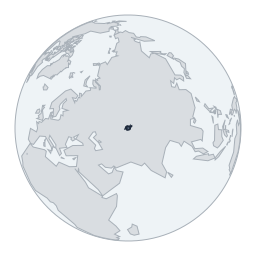 globe centered on Naryn, rotated 327°
{"feature_id": "KGZ-1118", "entity_name": "Naryn", "entity_type": "Region", "adm_level": 1, "iso_a3": "KGZ", "parent_name": "Kyrgyzstan", "parent_adm1": "", "projection": "orthographic", "projection_center": [75.468, 41.376], "detail": "fine", "context": "on_globe", "style": "filled", "palette": "slate", "viewbox_px": 256, "rotation_deg": 327, "n_neighbors": 0, "source": "natural_earth", "source_scale": "10m", "svg_char_len": 12023}
<svg xmlns="http://www.w3.org/2000/svg" viewBox="0 0 256 256"><g transform="rotate(327 128 128)"><circle cx="128" cy="128" r="113" fill="#eef3f6" stroke="#a8b0b8"/><path d="M154.5,18.5L153.9,18.4L151.9,17.9L154.5,18.5ZM151.7,17.9L151.2,17.8L153.8,18.6L155.7,19.2L157.3,22.0L165.1,27.5L170.4,29.5L167.0,29.1L178.9,33.4L184.9,37.8L176.4,32.7L174.1,32.2L177.4,35.0L175.8,35.1L176.4,36.6L174.2,36.5L169.4,33.9L167.9,33.9L170.3,35.9L169.6,37.3L166.3,34.4L164.8,36.6L156.4,33.3L149.5,26.4L143.1,25.5L131.3,21.4L130.6,22.2L125.7,21.6L123.1,22.3L121.6,21.6L120.8,22.9L122.6,23.4L122.9,24.2L121.5,24.8L119.4,23.9L119.8,23.5L118.5,23.5L118.0,22.9L117.5,23.5L115.1,22.5L115.4,24.4L111.8,24.4L110.8,23.5L113.6,22.4L118.2,18.5L118.1,17.7L115.0,17.5L103.6,19.3L102.3,19.1L98.6,19.7L98.1,20.2L100.8,19.9L98.8,21.2L102.4,21.0L102.1,21.6L104.7,22.2L101.4,23.4L96.8,24.5L94.5,24.2L92.4,24.8L92.2,26.3L85.6,27.3L77.3,30.9L76.0,31.2L77.5,29.1L83.5,25.6L85.5,23.8L81.2,26.5L77.9,27.5L76.1,28.5L74.5,29.4L74.6,29.7L72.9,30.5L76.4,27.9L78.1,27.1L77.0,27.9L79.7,26.4L82.0,25.2L89.3,22.2L96.9,19.8L104.5,17.8L112.3,16.5L120.2,15.6L128.1,15.4L136.1,15.6L143.9,16.5L151.7,17.9ZM156.8,19.5L154.0,18.6L152.3,18.0L154.7,18.7L156.8,19.5ZM159.9,21.2L158.2,20.7L159.0,20.4L159.7,20.8L159.9,21.2ZM174.5,31.1L172.6,29.7L175.0,31.0L174.5,31.1ZM176.9,36.8L177.9,37.2L177.8,37.8L176.9,36.8ZM106.4,21.5L105.5,21.8L105.5,21.5L106.4,21.5ZM108.2,21.5L108.8,20.9L109.7,20.8L109.4,21.2L108.2,21.5ZM174.4,38.4L173.9,39.4L173.6,37.9L174.4,38.4ZM107.4,22.2L111.4,20.8L113.1,20.7L113.2,22.0L107.4,22.2ZM173.0,39.7L171.9,42.5L174.1,43.5L167.1,42.4L170.4,40.3L169.7,38.2L171.4,39.5L173.0,39.7ZM123.8,23.4L121.8,22.8L124.7,22.8L123.8,23.4ZM125.6,23.2L134.3,22.4L136.6,23.7L133.2,23.6L137.1,25.1L134.0,26.0L131.1,25.5L130.3,24.4L129.7,25.6L125.6,23.2ZM163.5,41.5L162.5,41.9L162.6,41.0L163.5,41.5ZM123.2,24.6L124.7,24.2L126.8,25.3L124.1,26.2L124.3,25.5L123.2,24.6ZM139.7,25.0L140.8,26.1L138.5,27.1L138.6,27.7L134.1,26.2L139.7,25.0ZM123.1,25.6L122.6,26.7L120.4,26.7L121.8,25.0L123.1,25.6ZM128.5,25.2L129.3,25.8L128.0,25.7L128.5,25.2ZM112.2,27.9L114.1,27.3L115.3,27.7L112.2,27.9ZM122.6,27.1L123.4,27.0L124.1,27.2L123.3,27.9L122.6,27.1ZM132.8,27.1L131.6,27.4L134.6,27.8L133.0,28.7L130.2,27.6L130.7,28.5L130.3,28.8L128.6,27.5L132.8,27.1ZM124.6,29.2L120.6,28.3L117.0,29.2L115.8,28.8L121.8,27.4L124.6,29.2ZM127.1,28.3L125.3,28.7L124.7,27.9L125.6,27.1L127.1,28.3ZM132.9,29.8L136.0,28.7L136.5,29.0L132.9,29.8ZM123.7,29.6L124.7,29.8L123.5,29.8L123.7,29.6ZM130.2,29.9L131.2,29.4L131.7,29.8L130.2,29.9ZM125.8,30.8L124.5,30.4L125.0,29.8L125.8,30.8ZM127.9,30.5L128.4,31.1L126.0,29.8L128.3,30.2L127.9,30.5ZM130.5,30.3L131.2,30.4L130.0,30.5L130.5,30.3ZM124.4,33.4L121.3,31.9L122.5,30.5L125.4,32.1L124.4,33.4ZM47.1,206.3L40.9,199.4L31.2,183.7L30.9,180.0L29.4,174.9L24.6,159.1L25.5,154.1L24.7,150.0L22.7,147.6L22.0,142.7L21.1,140.7L16.4,130.1L16.3,121.5L19.2,102.6L21.0,99.7L23.6,93.6L37.6,87.6L38.1,92.3L46.2,100.8L46.8,103.0L43.1,107.0L47.0,121.0L51.5,119.0L57.8,128.6L63.8,132.2L70.8,123.8L61.0,117.6L62.1,111.8L72.1,112.6L81.0,118.2L81.7,116.1L78.3,108.8L82.7,106.6L77.4,106.0L77.8,108.9L74.5,108.7L74.0,106.2L75.5,105.4L73.5,103.0L66.6,107.6L66.2,111.0L59.5,107.7L58.3,113.1L55.6,113.9L56.7,105.1L58.4,102.9L58.4,91.6L56.0,93.6L55.8,104.5L54.8,102.7L51.6,105.9L53.3,102.1L54.1,90.1L49.6,86.7L39.8,90.3L38.0,88.0L38.3,83.1L46.0,75.2L49.1,81.4L51.9,79.1L54.8,73.0L55.5,75.6L57.0,74.0L58.5,76.2L64.1,75.1L66.2,77.1L71.7,72.9L73.5,73.4L69.8,75.7L68.2,78.4L73.8,83.6L75.8,83.5L79.0,80.4L80.1,82.4L82.5,78.8L87.3,80.5L83.3,75.6L86.9,72.3L91.6,71.4L92.1,69.6L84.4,71.1L82.0,72.6L81.1,75.1L73.8,78.9L71.2,78.0L76.1,71.1L72.9,69.3L78.1,65.1L95.7,62.9L101.3,64.3L103.6,73.5L100.4,74.9L97.9,72.3L97.1,77.8L98.7,75.9L99.6,77.6L103.3,75.3L104.1,76.5L106.2,72.4L107.6,73.6L106.3,76.1L112.9,74.1L116.8,76.0L117.9,75.0L118.0,73.4L122.9,77.2L123.5,76.3L122.1,74.7L122.4,72.0L124.8,68.8L126.4,70.2L125.7,71.6L126.7,76.8L124.7,80.4L125.6,80.7L127.7,77.9L126.5,71.5L127.5,69.2L128.6,72.1L128.3,70.8L129.3,70.2L131.7,70.9L130.8,67.8L139.6,59.3L145.2,60.3L145.1,63.5L152.9,60.0L158.7,61.9L157.4,60.4L160.3,58.1L158.5,57.4L158.1,56.5L164.7,50.9L167.4,50.9L168.8,47.3L168.2,46.6L166.2,46.3L167.1,42.4L174.1,43.5L175.3,45.0L178.9,44.9L180.9,48.6L184.3,51.7L184.5,56.2L187.2,58.5L188.3,58.2L192.7,61.4L198.1,69.4L188.9,64.1L179.9,53.6L183.1,57.8L181.0,57.3L181.2,59.2L183.6,62.3L184.8,62.3L181.2,70.7L184.1,80.7L187.5,78.3L191.0,79.8L197.2,90.4L196.3,109.1L201.0,112.4L202.2,115.6L200.3,118.9L198.4,114.4L195.1,114.1L194.4,111.2L190.6,115.5L189.4,111.6L187.1,117.1L189.5,119.5L193.3,117.0L191.8,123.8L197.5,127.3L199.7,133.4L195.3,147.5L188.6,153.7L188.5,155.8L185.1,154.7L181.7,159.9L189.1,168.5L189.3,171.5L183.2,179.3L182.8,177.2L173.7,174.2L172.8,181.7L179.8,185.6L182.2,191.3L177.2,190.8L174.6,185.7L171.4,184.5L171.7,178.3L167.8,169.6L162.7,172.4L162.6,168.5L156.5,161.3L148.9,164.9L137.2,176.2L136.5,185.8L132.0,190.0L124.3,176.2L122.8,166.5L118.8,167.2L111.9,158.1L96.5,155.1L95.4,152.1L92.3,152.6L87.6,148.6L86.3,143.7L83.0,143.0L86.7,155.9L90.4,156.7L95.0,153.4L95.2,157.6L99.9,162.2L90.9,169.7L69.8,171.1L69.5,163.5L63.0,138.0L64.2,135.9L64.3,135.6L64.3,135.1L61.8,138.1L61.3,133.1L62.8,150.3L62.3,156.6L69.5,171.4L68.3,172.1L71.2,175.5L82.6,176.7L82.2,179.0L75.7,187.5L61.6,194.7L64.5,203.7L65.3,209.8L58.9,209.7L61.9,214.6L58.9,213.8L60.4,216.0L59.3,216.4L56.7,215.2L53.1,212.1L47.1,206.3ZM29.8,93.9L28.8,95.5L29.8,93.9ZM88.5,129.4L95.0,132.1L95.3,124.7L97.9,125.2L97.0,122.6L95.3,124.1L93.8,117.2L97.8,116.4L98.6,113.4L96.4,112.4L89.4,115.1L91.6,124.8L88.7,126.9L88.5,129.4ZM77.7,27.7L77.3,27.9L75.5,28.9L76.0,28.6L77.7,27.7ZM70.2,33.5L67.5,34.7L69.7,33.5L69.8,33.0L74.5,30.1L75.5,31.2L74.2,31.1L70.2,33.5ZM81.1,26.8L78.0,28.3L81.3,26.6L81.1,26.8ZM64.1,63.8L63.5,65.8L61.2,67.0L58.6,65.2L61.8,63.4L64.1,63.8ZM63.1,68.4L68.7,62.5L70.6,63.6L68.6,63.9L69.2,65.2L66.2,66.2L62.5,73.3L60.3,74.9L56.7,70.4L59.1,70.9L59.5,68.8L63.1,68.4ZM79.7,47.7L82.2,45.8L83.0,50.5L80.6,51.8L77.9,50.0L79.1,47.4L79.7,47.7ZM106.8,25.0L107.7,24.4L108.3,24.6L108.0,25.3L106.8,25.0ZM113.0,27.6L103.6,28.0L104.1,27.3L98.0,28.8L97.0,27.5L101.0,26.5L95.7,26.8L98.9,25.5L95.1,25.9L104.1,23.9L106.8,22.9L104.2,24.5L105.0,25.6L106.2,25.8L111.5,25.7L117.7,24.4L119.5,25.5L119.1,26.7L117.9,27.2L117.1,26.2L116.1,27.6L114.0,26.6L113.0,27.6ZM113.8,43.1L113.4,41.2L111.0,44.9L108.9,43.5L108.7,44.0L106.1,43.8L102.7,44.5L102.2,43.6L101.1,44.3L99.3,44.3L97.6,44.9L96.0,43.7L93.9,44.5L94.4,43.4L91.0,45.1L92.8,43.3L90.7,43.3L90.1,45.1L85.7,37.9L82.5,36.7L78.8,36.8L82.4,34.0L88.1,32.3L94.3,31.8L96.9,33.5L98.0,32.0L99.6,32.5L98.0,33.4L101.4,32.3L102.2,33.0L107.8,33.2L112.0,31.5L114.2,31.6L112.9,32.7L115.9,32.1L115.0,34.2L116.5,34.5L117.1,36.9L113.9,39.0L115.8,39.1L116.3,41.1L113.8,43.1ZM124.4,34.1L121.0,36.6L118.2,37.2L118.3,32.7L117.1,32.2L117.1,29.7L121.2,29.0L120.8,29.8L121.4,30.4L119.9,30.3L121.5,30.8L121.1,32.0L122.2,32.7L120.8,33.3L124.4,34.1ZM49.1,102.5L49.9,103.7L51.4,105.0L49.4,107.1L49.1,102.5ZM49.5,94.3L50.4,94.9L48.4,98.3L47.6,97.1L49.5,94.3ZM52.7,92.4L50.6,94.6L51.3,92.8L52.7,92.4ZM70.8,76.1L72.0,76.6L71.4,77.5L70.0,78.2L70.8,76.1ZM106.1,54.6L106.3,53.2L107.1,53.1L109.7,50.5L111.4,51.5L110.6,53.4L106.1,54.6ZM68.1,124.4L65.4,125.2L64.9,123.8L65.9,123.8L68.1,124.4ZM56.2,116.1L58.0,119.3L55.6,116.6L56.2,116.1ZM108.5,55.2L109.3,54.0L109.6,55.3L108.5,55.2ZM112.8,52.1L113.5,53.3L111.9,51.3L112.8,52.1ZM82.1,215.3L79.5,223.0L74.8,221.3L72.3,218.1L72.3,212.9L77.2,213.1L79.2,210.9L82.1,215.3ZM204.5,195.3L206.9,194.2L206.7,194.6L204.5,195.3ZM202.0,195.5L204.9,194.0L201.4,196.5L202.0,195.5ZM206.0,193.5L208.9,191.1L210.1,189.8L209.8,190.6L206.0,193.5ZM200.0,196.5L188.5,201.4L183.7,202.2L185.0,200.4L192.7,197.9L200.0,196.5ZM184.6,200.5L177.2,199.0L166.0,189.6L170.0,189.0L181.5,193.4L180.8,194.8L185.3,196.5L184.6,200.5ZM202.0,186.3L201.2,190.2L195.0,192.8L192.1,193.4L190.1,189.5L191.3,186.6L193.7,185.7L202.3,173.0L205.5,173.6L203.0,178.6L205.6,180.6L202.0,186.3ZM137.1,186.7L140.0,192.0L137.5,193.0L137.1,186.7ZM205.2,165.0L202.1,170.7L204.8,163.8L205.2,165.0ZM206.4,158.9L206.9,160.9L205.3,159.6L206.4,158.9ZM189.0,158.8L186.5,160.3L186.1,158.8L189.2,156.0L189.0,158.8ZM201.3,138.6L202.3,143.2L202.2,145.0L200.5,142.8L201.3,138.6ZM124.6,63.5L119.1,65.9L116.3,68.6L116.5,71.6L113.8,68.6L118.2,64.4L124.6,63.5ZM137.6,59.6L137.3,57.2L139.0,57.7L139.3,58.3L137.6,59.6ZM136.3,58.5L133.1,56.7L134.0,55.1L136.4,56.8L136.3,58.5ZM120.6,55.6L118.9,56.2L118.6,55.1L120.6,55.6ZM208.0,207.2L207.5,207.8L190.4,221.4L187.3,223.0L189.7,221.1L190.1,218.0L191.2,217.5L192.5,214.3L203.5,205.7L211.9,195.0L216.2,192.0L220.6,184.2L224.4,180.7L222.3,185.8L225.0,184.0L229.9,172.2L228.7,178.5L228.7,178.4L224.4,186.2L219.5,193.6L214.1,200.7L208.0,207.2ZM210.4,192.1L214.0,187.3L215.7,185.8L210.4,192.1ZM238.8,148.1L238.9,147.9L238.8,148.1ZM238.6,149.0L238.5,149.5L238.5,149.2L238.6,149.0ZM234.1,161.4L235.1,162.2L233.7,165.0L232.4,165.3L230.4,170.2L226.5,174.8L227.7,172.1L227.4,170.2L222.8,173.9L221.8,173.2L223.7,170.4L220.3,172.0L224.1,168.0L225.4,170.1L227.4,165.5L230.4,162.6L233.0,160.2L234.6,159.6L234.1,161.4ZM223.6,175.6L224.2,175.0L223.6,176.5L223.6,175.6ZM238.1,149.7L238.4,149.8L238.3,150.4L238.1,150.8L238.1,149.7ZM235.1,158.3L237.0,152.0L237.4,151.2L236.0,156.7L235.1,158.3ZM236.8,151.0L237.5,149.8L237.7,150.5L237.5,151.3L236.8,151.0ZM216.1,178.9L215.8,179.9L214.8,179.9L216.1,178.9ZM217.5,177.3L220.5,175.9L217.1,178.3L217.5,177.3ZM207.3,180.6L208.3,182.3L211.5,178.8L209.0,182.5L211.0,184.8L210.2,186.7L208.3,184.0L207.2,188.6L205.8,189.3L205.2,186.3L206.8,181.0L208.2,178.3L214.0,174.0L207.3,180.6ZM217.5,174.5L216.7,172.4L217.3,170.1L218.2,170.9L217.5,174.5ZM213.8,167.5L211.1,165.7L209.0,168.3L213.0,160.9L214.9,163.8L213.8,167.5ZM211.0,161.4L209.1,163.9L210.9,159.8L211.0,161.4ZM208.4,163.1L207.8,160.8L209.6,160.2L208.4,163.1ZM212.1,160.9L211.9,156.6L213.1,158.5L212.1,160.9ZM206.3,155.8L210.5,157.7L205.5,158.7L203.9,150.9L205.8,149.6L206.3,155.8ZM208.0,115.9L206.7,113.8L208.0,112.1L208.6,114.0L208.0,115.9ZM211.3,105.3L208.0,111.0L205.1,115.9L206.7,116.2L207.3,120.8L204.1,118.2L205.1,111.9L207.6,109.0L206.6,105.3L207.5,101.4L205.2,97.5L205.2,94.9L208.0,97.7L211.3,105.3ZM204.1,95.9L200.3,88.5L203.6,87.2L205.1,88.5L205.5,92.4L203.7,92.8L204.1,95.9ZM200.4,86.4L198.7,86.7L189.6,78.2L188.5,76.1L197.1,81.6L196.0,82.3L197.6,84.8L200.4,86.4ZM163.5,42.5L162.6,41.9L163.8,42.0L163.5,42.5ZM157.1,56.2L156.7,55.0L158.2,55.1L157.1,56.2ZM156.6,51.9L155.2,52.6L156.0,51.2L156.6,51.9ZM152.2,54.5L154.3,52.6L153.2,55.3L152.2,54.5Z" fill="#d9dde1" stroke="#a8b0b8" stroke-width="1"/><path d="M132.1,128.3L132.0,128.5L131.9,128.6L131.7,128.6L131.3,128.7L131.2,128.7L130.8,128.7L130.7,128.7L130.4,128.7L130.1,128.7L130.0,128.8L129.9,128.8L129.9,129.0L129.7,129.3L129.7,129.5L129.5,129.8L129.3,130.0L129.2,130.0L129.2,129.9L129.0,130.0L128.9,129.9L128.7,130.0L128.4,130.1L128.3,129.9L128.2,129.8L128.2,129.7L127.7,129.8L127.4,129.8L127.2,129.8L127.1,129.7L126.9,129.7L126.7,129.6L126.4,129.4L126.3,129.2L126.2,129.1L125.9,128.8L126.0,128.6L125.9,128.5L125.9,128.4L126.0,128.4L126.3,128.3L126.4,128.2L126.5,128.1L126.8,128.0L126.9,127.9L126.9,127.7L126.6,127.6L126.4,127.7L126.2,127.6L125.9,127.6L125.7,127.4L125.8,127.4L125.9,127.5L126.0,127.5L126.0,127.4L125.9,127.3L125.8,127.1L125.7,127.0L125.4,127.0L125.5,126.9L125.8,126.8L126.0,126.9L126.0,127.0L126.1,126.9L126.3,126.9L126.3,126.7L126.4,126.3L126.5,126.3L126.8,126.3L126.9,126.2L127.0,126.2L127.0,125.9L127.3,125.9L127.5,125.9L127.8,125.9L128.0,125.9L128.1,126.0L128.2,125.9L128.3,126.0L128.6,126.1L128.8,126.1L128.8,126.3L128.7,126.4L128.8,126.4L128.8,126.5L128.8,126.8L129.0,126.7L129.1,126.8L129.2,126.7L129.3,126.8L129.5,126.8L129.7,127.0L129.4,127.1L129.5,127.2L129.8,127.2L129.9,127.3L129.8,127.5L130.0,127.6L130.3,127.6L130.6,127.6L130.8,127.5L130.7,127.7L130.7,127.8L130.8,127.9L130.9,128.0L131.1,128.1L131.2,128.3L131.3,128.3L131.6,128.3L131.8,128.3L131.9,128.2L132.0,128.2L132.0,128.3L132.1,128.3Z" fill="#64748b" stroke="#1e293b" stroke-width="1.5"/></g></svg>